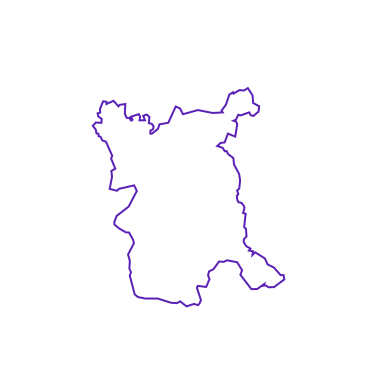 Shtip, Štip, North Macedonia, rotated 47°
{"feature_id": "65306769B54195317631303", "entity_name": "Shtip", "entity_type": "district", "adm_level": 2, "iso_a3": "MKD", "parent_name": "North Macedonia", "parent_adm1": "Štip", "projection": "robinson", "projection_center": [22.163, 41.717], "detail": "fine", "context": "isolated", "style": "outline", "palette": "violet", "viewbox_px": 384, "rotation_deg": 47, "n_neighbors": 0, "source": "geoboundaries", "source_scale": "gbopen_adm2", "svg_char_len": 2162}
<svg xmlns="http://www.w3.org/2000/svg" viewBox="0 0 384 384"><g transform="rotate(47 192 192)"><path d="M76.0,219.4L80.7,219.8L83.9,221.9L85.5,220.7L87.5,222.2L89.1,221.3L93.3,222.4L96.5,220.6L111.2,225.7L112.3,228.3L122.6,232.2L121.6,236.6L126.3,240.1L133.6,250.1L139.9,246.1L139.9,243.2L147.7,229.8L153.6,231.6L159.5,248.4L158.1,263.5L161.1,269.5L163.0,270.9L169.1,270.1L176.4,267.9L178.7,265.7L187.2,267.8L189.9,269.5L194.1,281.4L199.8,284.3L205.4,290.1L209.0,291.3L210.8,294.6L227.8,303.7L231.9,303.2L238.1,298.8L246.6,289.7L258.8,282.8L262.9,278.9L264.0,275.2L271.9,274.0L275.2,266.9L278.8,264.8L278.7,262.6L277.2,259.2L265.4,253.7L264.7,251.7L271.1,246.4L267.7,238.7L263.8,237.0L261.7,233.7L263.1,229.0L261.3,219.6L264.8,216.4L265.8,213.0L274.1,206.9L283.3,208.7L285.6,213.1L303.6,214.8L307.4,210.5L308.5,202.2L309.2,203.8L310.5,201.8L313.9,201.0L317.5,196.8L318.9,184.1L315.2,181.7L313.2,183.9L303.1,183.6L296.5,186.1L290.4,184.0L279.2,186.9L279.3,190.8L276.9,187.8L273.7,190.3L273.2,187.8L268.5,189.3L263.8,188.3L261.9,186.2L261.7,182.5L255.8,177.7L253.2,177.8L244.5,167.6L242.2,168.9L239.3,164.3L237.2,163.5L233.9,163.2L231.0,165.0L228.2,164.0L225.3,161.7L225.2,159.6L221.6,157.9L221.8,155.2L216.4,149.0L211.0,145.3L200.6,142.5L195.3,138.6L189.2,139.7L185.6,138.8L184.6,140.2L180.5,139.5L175.6,142.2L175.6,137.7L178.0,134.3L173.8,125.9L181.0,122.6L173.1,112.5L170.4,111.8L168.2,113.0L169.1,110.6L167.1,105.5L169.2,104.1L172.8,95.8L175.8,96.7L178.2,95.4L178.6,88.5L175.1,84.4L168.6,86.6L162.6,81.8L154.1,80.3L153.2,84.9L149.9,87.7L148.3,94.6L147.0,94.0L146.2,98.3L151.2,107.4L152.7,115.0L154.7,115.3L148.3,123.0L136.1,131.8L129.0,145.5L122.7,143.8L118.4,145.6L125.2,162.1L120.3,169.7L122.6,173.7L122.0,181.6L120.8,182.6L118.7,180.6L119.5,177.9L118.0,175.4L114.8,174.9L112.2,176.6L108.1,172.0L104.5,172.3L103.0,175.7L107.5,177.5L103.8,181.5L101.5,178.6L98.8,177.8L95.3,185.3L98.6,186.2L98.3,187.8L95.1,187.4L93.1,189.2L88.9,187.7L82.2,180.8L79.0,185.3L79.2,187.4L71.8,187.2L69.3,194.5L67.7,193.0L65.1,195.1L68.3,202.3L71.3,205.1L70.1,207.4L72.9,209.0L77.0,208.2L79.6,211.1L75.6,215.0L76.0,219.4Z" fill="none" stroke="#5b21b6" stroke-width="2"/></g></svg>